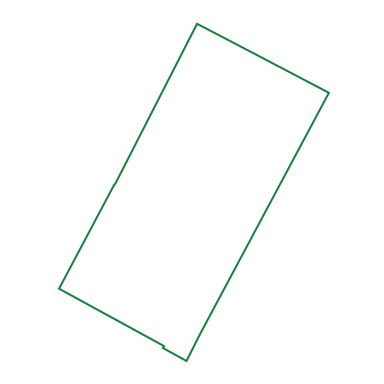 Cheyenne, Colorado, United States of America (orthographic projection), rotated 298°
{"feature_id": "52423323B81847933029004", "entity_name": "Cheyenne", "entity_type": "district", "adm_level": 2, "iso_a3": "USA", "parent_name": "United States of America", "parent_adm1": "Colorado", "projection": "orthographic", "projection_center": [-102.366, 38.83], "detail": "fine", "context": "isolated", "style": "outline", "palette": "green", "viewbox_px": 384, "rotation_deg": 298, "n_neighbors": 0, "source": "geoboundaries", "source_scale": "gbopen_adm2", "svg_char_len": 436}
<svg xmlns="http://www.w3.org/2000/svg" viewBox="0 0 384 384"><g transform="rotate(298 192 192)"><path d="M44.2,120.0L42.8,239.7L40.6,239.7L40.2,266.5L70.0,265.8L337.4,266.3L339.9,266.4L343.8,266.3L343.8,247.6L343.7,245.7L343.7,241.7L343.7,241.0L343.7,237.9L343.6,218.4L343.6,218.0L343.6,213.0L343.5,208.4L343.5,202.8L343.5,198.0L342.9,117.5L163.9,120.4L161.6,119.9L44.2,120.0Z" fill="none" stroke="#15803d" stroke-width="2"/></g></svg>